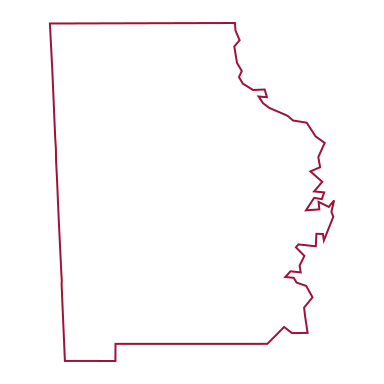 Washington, Alabama, United States of America
{"feature_id": "52423323B12485828442436", "entity_name": "Washington", "entity_type": "district", "adm_level": 2, "iso_a3": "USA", "parent_name": "United States of America", "parent_adm1": "Alabama", "projection": "albers", "projection_center": [-88.098, 31.407], "detail": "fine", "context": "isolated", "style": "outline", "palette": "rose", "viewbox_px": 384, "rotation_deg": 0, "n_neighbors": 0, "source": "geoboundaries", "source_scale": "gbopen_adm2", "svg_char_len": 995}
<svg xmlns="http://www.w3.org/2000/svg" viewBox="0 0 384 384"><path d="M56.8,175.0L57.2,183.4L57.2,183.7L58.8,221.2L61.3,272.2L61.8,280.9L61.6,284.2L62.0,293.3L62.0,294.0L64.9,360.9L115.4,361.0L115.5,343.9L253.6,343.9L267.4,343.8L284.1,327.0L292.0,333.1L307.6,332.9L305.0,315.6L304.1,307.6L312.5,297.3L306.2,285.9L296.6,282.6L293.7,277.8L285.3,277.0L290.5,271.3L300.7,272.4L299.6,265.5L304.4,255.9L295.9,247.3L298.4,244.4L315.8,246.3L316.4,233.8L322.9,234.0L323.9,240.4L333.3,216.7L331.4,211.9L334.1,200.4L328.8,206.9L318.6,201.9L319.3,209.4L306.0,210.3L314.1,197.9L321.8,199.1L324.2,192.4L314.1,191.4L322.3,181.8L310.4,171.4L320.1,167.2L318.3,157.1L324.7,142.9L315.6,136.4L306.7,122.7L293.0,120.5L287.4,115.7L269.2,107.9L263.0,103.2L258.6,96.5L266.9,97.2L264.7,89.5L253.0,90.0L242.8,83.6L239.0,77.1L241.8,71.0L237.0,62.9L234.3,46.5L239.6,40.2L235.5,30.6L234.9,23.0L49.9,23.5L52.1,66.3L52.2,67.6L55.2,137.8L55.9,148.6L56.1,161.4L56.8,175.0Z" fill="none" stroke="#9f1239" stroke-width="2"/></svg>